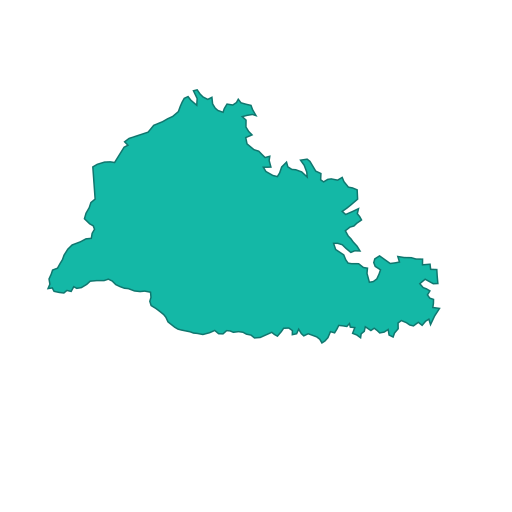 the district of Mato Rico, Paraná, Brazil, rotated 209°
{"feature_id": "56859067B20079776482103", "entity_name": "Mato Rico", "entity_type": "district", "adm_level": 2, "iso_a3": "BRA", "parent_name": "Brazil", "parent_adm1": "Paraná", "projection": "albers", "projection_center": [-52.238, -24.697], "detail": "fine", "context": "isolated", "style": "filled", "palette": "teal", "viewbox_px": 512, "rotation_deg": 209, "n_neighbors": 0, "source": "geoboundaries", "source_scale": "gbopen_adm2", "svg_char_len": 3596}
<svg xmlns="http://www.w3.org/2000/svg" viewBox="0 0 512 512"><g transform="rotate(209 256 256)"><path d="M392.7,362.5L395.2,359.1L395.2,354.9L394.8,350.4L393.9,344.6L396.5,337.7L399.8,333.2L402.8,328.2L408.8,320.7L410.4,312.0L424.0,297.3L426.3,292.2L421.7,290.8L424.1,287.2L425.0,269.2L429.1,267.7L434.0,264.7L439.3,259.2L441.9,254.8L424.3,227.8L426.3,222.7L425.3,217.5L425.4,211.0L424.1,205.4L417.0,203.5L413.0,203.5L410.2,201.1L410.3,196.4L408.6,191.6L413.0,188.6L416.6,183.1L422.2,176.5L423.9,170.8L424.3,163.7L423.5,158.9L423.7,154.6L423.7,149.1L427.1,145.1L426.3,140.9L425.9,135.6L422.6,131.4L422.1,126.7L418.7,129.3L415.5,127.2L410.5,128.7L406.1,130.5L404.7,134.2L400.5,135.4L400.5,140.8L397.1,140.8L393.4,143.7L390.3,149.1L388.8,153.6L383.5,157.2L377.0,160.8L373.9,164.2L369.6,164.4L364.8,163.0L360.1,163.3L355.5,164.0L351.8,165.6L345.4,166.5L340.1,168.7L336.4,171.3L330.7,173.2L327.8,168.9L326.9,164.9L323.7,161.8L318.2,161.6L312.7,160.8L308.3,160.0L305.1,158.7L301.0,155.7L292.5,154.3L288.8,154.2L285.3,155.1L276.7,157.8L273.3,158.3L269.9,159.8L264.4,161.6L259.4,166.4L256.0,170.9L251.0,169.9L247.1,171.9L245.5,176.5L242.4,177.9L238.8,178.3L234.6,181.4L230.4,183.0L226.5,183.0L222.1,184.4L217.6,183.6L212.8,186.8L209.3,191.5L205.2,196.9L201.9,196.3L198.4,196.3L197.2,202.1L196.8,206.2L192.4,208.9L188.0,208.4L186.1,204.8L182.8,207.7L183.2,212.7L178.8,210.1L175.5,209.3L172.7,213.3L168.4,214.0L163.7,214.7L159.8,214.1L156.2,211.9L154.5,215.1L153.5,219.4L154.2,225.9L150.0,226.9L149.8,231.5L150.0,235.4L146.3,237.0L142.4,238.4L141.5,242.2L139.0,239.5L134.9,241.3L134.0,235.2L129.6,235.8L124.9,235.2L126.3,238.9L124.8,242.6L126.1,247.1L119.4,246.5L117.6,250.1L113.9,249.6L110.5,248.7L107.0,251.6L104.8,255.8L101.3,251.4L96.8,251.6L97.5,255.8L96.4,261.3L99.3,266.3L97.6,270.0L92.2,270.6L88.1,270.2L84.4,271.2L81.9,276.7L77.1,275.9L76.0,281.3L74.2,284.6L70.1,280.6L70.7,290.2L70.1,299.1L76.4,296.7L77.9,300.7L79.7,304.1L83.6,303.4L87.2,305.1L87.0,309.8L91.1,309.9L94.5,309.4L99.3,311.2L96.8,317.7L87.5,317.7L83.6,320.1L88.0,326.6L91.3,331.8L96.8,329.0L99.8,333.2L106.1,329.0L108.8,334.0L114.6,330.9L119.4,329.8L125.6,326.5L131.7,324.3L127.6,320.3L130.9,317.5L135.0,314.5L148.0,316.0L150.7,311.1L149.8,307.3L146.7,304.7L140.4,304.3L139.6,299.9L139.2,294.5L141.0,290.5L144.1,288.0L150.5,294.6L152.6,299.4L156.5,298.0L162.5,299.0L168.7,295.6L172.0,294.4L175.7,296.2L179.8,299.5L189.5,300.3L194.3,304.7L190.7,306.7L186.0,307.7L181.0,306.3L174.8,305.1L172.2,308.4L167.5,310.8L172.4,313.6L178.1,315.5L181.2,317.0L185.1,318.2L190.1,321.4L187.8,326.9L184.9,329.7L183.7,333.6L181.2,338.7L184.4,340.7L187.9,342.1L189.3,347.1L193.3,341.5L197.7,335.8L202.2,336.8L199.6,342.2L197.4,347.7L194.7,355.0L199.6,362.9L204.7,362.3L208.6,361.0L215.2,363.7L218.7,366.5L221.4,361.9L227.6,359.9L230.4,357.8L232.8,353.6L236.4,354.0L239.2,359.6L244.9,359.2L254.7,364.9L258.2,365.5L263.5,361.4L257.8,358.7L252.3,354.0L249.5,349.9L256.8,351.7L263.1,350.7L266.6,349.1L271.4,349.4L274.8,352.9L276.7,346.3L275.6,340.2L275.8,335.8L280.3,334.6L288.3,334.7L292.6,337.2L289.1,339.2L286.1,341.0L290.8,345.9L292.3,349.9L295.8,346.5L300.1,347.7L304.4,349.0L309.3,348.0L318.2,349.7L322.4,354.6L318.2,360.0L322.9,361.4L327.3,363.9L330.6,370.0L335.6,371.2L332.1,374.6L327.7,378.1L324.1,378.8L329.9,382.3L333.4,385.3L338.3,383.9L343.4,382.7L347.5,384.5L347.5,380.7L349.5,376.8L355.0,374.8L355.2,369.6L354.5,365.7L360.0,364.8L363.5,365.6L367.7,368.0L371.5,373.4L374.1,369.6L379.4,369.4L383.6,370.6L388.0,372.8L390.8,370.2L383.8,365.2L380.9,359.1L388.6,360.7L392.7,362.5Z" fill="#14b8a6" stroke="#0f766e" stroke-width="1.5"/></g></svg>